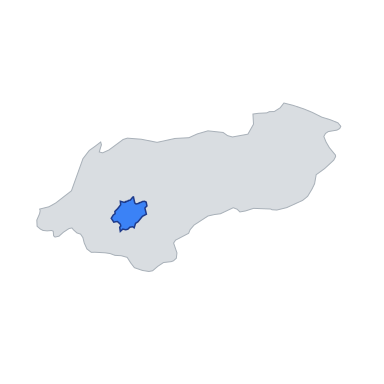 location of Skrapar, Berat, Albania, rotated 79°
{"feature_id": "67620474B62055143354216", "entity_name": "Skrapar", "entity_type": "district", "adm_level": 2, "iso_a3": "ALB", "parent_name": "Albania", "parent_adm1": "Berat", "projection": "mercator", "projection_center": [20.254, 40.545], "detail": "fine", "context": "in_parent", "style": "filled", "palette": "blue", "viewbox_px": 384, "rotation_deg": 79, "n_neighbors": 0, "source": "geoboundaries", "source_scale": "gbopen_adm2", "svg_char_len": 2090}
<svg xmlns="http://www.w3.org/2000/svg" viewBox="0 0 384 384"><g transform="rotate(79 192 192)"><path d="M127.1,117.3L127.4,112.0L128.6,103.5L127.9,100.7L128.7,95.9L126.2,89.4L122.2,84.8L126.1,76.5L131.7,66.5L136.9,58.6L143.3,50.3L147.5,42.4L152.0,35.5L155.9,33.4L157.9,34.9L158.9,37.9L158.7,46.7L160.0,49.8L162.7,52.0L168.4,50.9L174.7,48.7L183.2,44.1L184.7,44.3L187.8,46.8L194.4,57.5L198.7,66.8L207.3,70.1L212.1,73.7L218.3,79.3L221.3,84.9L225.4,101.9L225.9,112.2L224.7,116.8L223.7,118.1L219.8,134.7L220.8,143.2L220.7,148.8L217.5,151.0L215.3,154.5L218.8,168.3L218.4,174.2L218.6,180.9L224.8,196.2L228.6,201.0L231.9,203.2L236.1,217.3L238.6,219.8L248.9,218.4L254.0,220.0L256.0,223.3L256.4,225.6L255.8,233.4L258.3,239.5L261.8,245.7L261.8,249.5L259.5,255.7L255.3,263.0L249.9,265.7L243.8,268.1L241.0,273.7L239.5,279.7L236.8,284.1L235.1,288.9L232.6,298.8L232.0,302.4L227.9,306.0L221.6,307.5L215.9,307.8L212.1,309.4L210.2,312.8L206.6,315.5L204.4,316.7L204.4,319.7L207.0,326.0L210.0,331.0L210.1,335.1L208.6,336.2L204.0,335.7L203.0,337.2L202.5,341.7L201.3,345.6L199.4,348.0L196.1,350.6L190.0,349.7L184.3,345.8L181.4,344.6L179.7,344.8L179.2,335.3L176.8,327.9L167.8,310.1L138.5,292.7L131.6,284.9L128.6,278.3L125.5,272.1L128.4,271.9L131.3,273.5L135.0,275.4L136.5,272.3L134.9,265.5L127.3,249.6L126.8,245.2L130.5,231.8L136.6,216.8L136.2,198.5L138.1,184.7L136.0,175.8L135.0,164.7L139.5,150.1L143.4,146.4L145.7,141.8L145.9,126.1L137.2,118.7L127.1,117.3Z" fill="#d9dde1" stroke="#a8b0b8" stroke-width="1"/><path d="M187.4,264.1L191.0,264.5L194.2,268.2L196.3,271.4L198.6,271.6L199.6,273.7L202.4,276.3L206.7,274.5L206.6,272.5L206.8,270.8L209.9,268.5L211.8,268.4L212.8,269.7L217.0,269.9L215.2,267.0L216.4,264.3L216.3,262.1L214.7,259.7L214.8,256.8L216.1,255.6L212.0,253.4L210.9,250.7L206.4,245.3L205.1,241.0L198.8,241.3L197.8,240.0L197.1,238.9L193.2,238.9L192.1,240.3L191.9,242.5L192.4,244.0L192.5,245.9L193.0,246.2L193.1,249.2L191.8,250.3L185.7,250.4L185.7,251.1L188.2,254.1L188.2,256.2L188.7,256.5L188.7,259.1L189.3,259.1L189.2,260.7L187.4,264.1Z" fill="#3b82f6" stroke="#1e3a8a" stroke-width="1.5"/></g></svg>